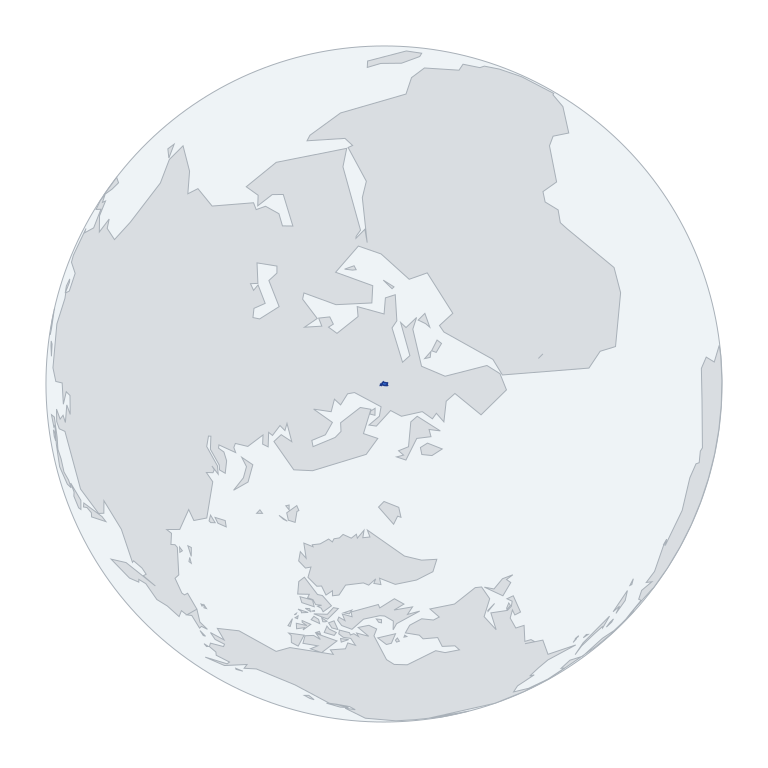 globe centered on Ústecký, rotated 214°
{"feature_id": "CZE-10368", "entity_name": "Ústecký", "entity_type": "Region", "adm_level": 1, "iso_a3": "CZE", "parent_name": "Czechia", "parent_adm1": "", "projection": "orthographic", "projection_center": [13.915, 50.559], "detail": "fine", "context": "on_globe", "style": "filled", "palette": "blue", "viewbox_px": 768, "rotation_deg": 214, "n_neighbors": 0, "source": "natural_earth", "source_scale": "10m", "svg_char_len": 11910}
<svg xmlns="http://www.w3.org/2000/svg" viewBox="0 0 768 768"><g transform="rotate(214 384 384)"><circle cx="384" cy="384" r="338" fill="#eef3f6" stroke="#a8b0b8"/><path d="M112.7,182.5L114.0,180.8L159.8,132.2L130.9,160.1L147.5,142.7L151.4,138.8L150.4,140.0L170.9,122.8L185.8,111.4L212.6,96.5L235.0,93.5L225.7,97.9L232.1,97.3L244.3,92.0L250.7,88.8L289.4,84.8L330.5,76.4L341.0,70.1L340.7,74.9L358.8,61.4L379.5,57.6L357.6,64.3L356.6,67.1L371.4,65.3L373.5,67.8L381.9,68.7L383.0,72.1L370.2,76.6L370.7,79.1L381.1,77.8L388.9,80.9L373.5,82.4L385.5,88.2L366.2,98.3L323.9,102.0L314.6,112.9L274.8,131.5L279.8,133.6L267.9,142.9L269.2,149.1L261.5,151.4L269.3,154.5L276.1,151.2L281.8,151.6L283.3,155.1L273.6,158.5L271.5,157.2L269.4,160.1L263.9,160.4L267.5,162.2L255.6,166.3L269.3,167.7L261.6,175.5L253.1,176.8L251.5,169.6L227.8,156.9L218.8,157.2L207.7,164.2L192.0,191.8L183.1,195.5L172.8,205.8L178.8,206.6L189.0,199.0L197.7,203.8L209.1,194.6L214.3,195.5L227.1,189.6L227.8,198.4L221.5,210.4L211.0,216.0L207.9,221.7L220.1,223.2L202.5,241.0L194.5,266.2L189.6,270.3L176.3,265.1L170.9,247.1L153.6,243.0L167.4,254.0L155.1,265.3L154.1,271.0L156.3,275.6L162.0,274.7L158.4,280.7L143.3,271.3L146.4,265.7L151.2,268.5L148.5,260.5L138.3,255.4L132.9,262.2L123.3,249.4L119.2,254.3L114.9,254.7L121.9,247.5L109.1,260.5L96.9,251.6L79.1,274.9L93.8,246.9L97.2,235.1L99.9,223.4L96.8,226.9L104.5,208.4L104.4,201.2L94.0,212.5L83.1,231.0L75.6,249.3L78.2,247.3L75.4,259.0L67.1,269.4L60.7,295.4L55.4,308.2L52.1,322.9L51.4,332.5L49.9,348.4L52.5,348.0L55.0,357.0L51.3,369.9L55.6,366.1L54.9,379.9L62.1,407.0L60.6,407.8L66.1,445.9L78.0,477.3L80.7,492.3L78.7,495.0L84.2,505.2L84.3,509.1L111.3,548.4L129.6,574.4L131.9,586.5L122.5,586.9L127.7,603.5L120.6,595.7L105.8,575.8L92.5,554.9L80.8,533.2L70.7,510.6L62.3,487.3L55.6,463.5L50.6,439.2L47.5,414.7L46.1,390.0L46.6,365.2L46.9,364.8L49.9,343.5L50.8,335.1L49.9,335.3L55.8,304.2L61.6,284.4L81.7,233.0L96.1,207.1L112.7,182.5ZM74.2,280.8L67.2,317.7L66.3,303.9L67.3,304.9L70.1,293.8L73.7,277.4L74.2,266.5L74.2,280.8ZM81.9,280.9L82.7,275.5L82.6,279.9L81.9,280.9ZM253.2,87.2L244.3,91.7L232.5,95.9L239.7,91.6L253.2,87.2ZM275.9,81.3L272.3,83.8L265.4,83.2L269.6,81.9L275.9,81.3ZM348.0,65.4L340.4,67.0L347.1,64.7L348.0,65.4ZM382.8,68.2L384.3,67.1L388.0,68.1L382.8,68.2ZM225.9,185.3L226.4,187.4L223.8,187.4L225.9,185.3ZM230.9,180.9L227.4,179.4L229.2,177.1L231.3,178.0L230.9,180.9ZM393.2,74.4L398.7,76.7L390.9,75.1L393.2,74.4ZM234.8,183.4L232.9,173.2L236.3,169.4L247.2,170.0L234.8,183.4ZM400.4,78.5L413.9,84.6L418.4,82.3L413.2,92.7L403.5,83.7L393.2,81.9L399.8,81.0L400.4,78.5ZM277.7,148.7L270.4,152.3L275.1,146.1L277.7,148.7ZM279.3,144.7L285.5,126.4L296.9,123.4L292.5,129.9L306.2,123.7L308.7,131.1L301.8,136.2L293.9,136.6L300.8,139.2L279.3,144.7ZM408.1,97.8L409.5,100.2L405.6,98.6L408.1,97.8ZM284.5,151.3L284.7,147.7L294.6,144.6L295.9,151.4L292.3,150.2L284.5,151.3ZM308.6,118.7L316.2,117.9L320.3,123.6L323.8,124.2L309.8,131.1L308.6,118.7ZM290.8,152.6L296.4,155.0L293.0,159.7L284.9,154.7L290.8,152.6ZM296.7,141.1L301.4,140.1L299.2,142.8L296.7,141.1ZM284.2,178.7L284.3,174.0L289.4,171.9L284.2,178.7ZM298.6,155.5L299.8,153.9L301.8,152.7L304.7,155.2L298.6,155.5ZM313.6,134.8L313.7,137.5L319.6,132.2L322.9,136.6L312.9,140.6L318.6,140.7L319.6,142.1L310.3,143.8L313.6,134.8ZM313.7,154.2L302.2,161.4L300.9,170.3L296.3,172.3L299.2,157.6L313.7,154.2ZM312.6,147.9L312.2,152.2L306.6,152.3L303.4,149.4L312.6,147.9ZM328.7,138.3L326.2,130.5L328.5,130.0L328.7,138.3ZM314.5,156.8L317.2,155.0L315.0,157.4L314.5,156.8ZM325.6,143.8L324.4,141.1L327.0,140.5L325.6,143.8ZM323.8,154.0L320.0,156.2L317.7,154.2L323.8,154.0ZM325.5,149.3L329.4,149.3L319.1,152.2L324.5,148.2L325.5,149.3ZM328.2,143.8L329.4,142.5L328.4,145.0L328.2,143.8ZM334.7,160.7L322.4,164.9L317.3,160.3L329.9,156.8L334.7,160.7ZM238.9,592.0L213.0,544.5L223.1,532.0L223.0,511.8L290.9,457.7L307.5,465.3L363.4,460.6L370.7,463.5L366.5,481.1L410.3,500.3L421.7,484.9L459.1,490.2L482.4,484.0L486.6,449.6L448.3,459.2L439.4,444.4L468.2,422.9L501.3,414.7L498.9,408.8L476.0,401.0L481.7,386.6L467.9,397.2L475.0,402.1L466.5,409.3L459.5,405.3L461.8,400.1L451.3,399.7L443.2,425.4L449.5,433.2L423.1,442.1L431.0,456.2L424.6,464.3L408.7,443.6L408.7,435.0L380.8,412.4L378.4,422.0L404.6,444.3L397.3,443.1L394.2,457.4L390.8,445.6L362.8,419.7L337.7,424.6L309.0,456.9L293.6,457.4L279.2,447.6L286.3,412.7L319.9,415.8L322.8,404.5L313.2,386.1L324.2,389.0L324.4,382.2L336.8,382.5L351.5,367.0L363.7,365.7L366.8,344.8L373.5,341.6L369.8,354.7L373.7,363.5L403.7,360.4L408.7,355.5L408.3,342.4L416.6,343.7L412.3,331.5L428.3,323.8L405.3,323.3L404.2,309.1L412.3,296.9L407.8,292.4L394.6,312.4L393.1,320.6L398.3,327.6L390.5,351.3L380.7,355.7L373.3,331.4L358.7,335.4L359.4,315.7L394.7,272.2L410.8,262.4L443.1,274.8L440.9,284.5L428.2,284.6L442.4,297.1L440.1,290.0L447.0,291.4L447.7,279.0L452.6,279.4L444.9,267.1L451.0,266.3L455.8,274.1L462.0,256.1L474.0,251.6L473.0,247.4L468.6,244.2L486.8,241.2L485.3,238.3L478.7,238.1L471.5,232.3L465.7,221.2L472.3,220.8L475.3,224.7L491.4,232.8L498.3,243.9L500.4,242.7L496.0,233.0L476.3,223.0L471.0,216.5L480.8,219.8L476.8,218.1L476.2,214.8L481.8,211.3L471.3,207.2L456.0,173.8L465.3,164.5L475.7,170.7L472.0,149.2L482.8,141.8L476.7,141.4L470.9,131.8L467.4,133.9L464.0,133.0L447.4,111.0L448.6,106.1L434.6,97.6L431.5,97.6L429.8,100.7L413.2,92.7L418.4,82.3L425.2,82.8L423.8,76.6L439.5,78.8L451.8,78.3L469.8,85.3L478.0,84.9L476.5,82.6L486.5,80.8L512.3,86.2L498.0,91.7L460.6,88.7L476.4,90.4L474.8,93.3L481.7,96.1L492.7,97.4L492.8,95.5L520.5,116.7L550.9,130.6L544.0,120.2L548.2,117.1L576.8,127.2L622.0,166.3L628.2,165.3L634.3,169.8L641.5,180.1L632.9,173.8L632.6,178.6L626.6,173.9L635.3,189.3L627.1,183.3L637.9,198.9L643.1,199.9L638.5,187.9L651.4,204.9L657.5,202.6L667.5,212.3L688.8,250.9L696.4,276.6L698.8,281.6L696.9,285.1L701.9,303.0L711.2,310.2L713.5,317.0L718.0,346.3L716.8,341.8L712.0,351.1L716.4,370.6L720.3,367.7L721.8,377.7L721.2,385.1L719.0,377.1L717.2,380.0L713.9,364.4L705.0,350.8L704.1,367.1L700.5,358.2L688.2,353.0L684.8,376.1L681.8,425.6L687.5,450.1L683.8,469.1L664.2,451.7L653.0,432.0L647.5,441.9L626.0,435.4L593.5,461.3L587.5,457.1L581.6,465.1L566.3,466.4L556.6,458.3L547.9,464.0L573.5,484.8L582.6,478.5L588.3,461.1L593.9,470.1L608.5,470.5L597.3,507.5L546.7,558.5L539.5,541.1L489.5,498.4L489.7,491.0L489.4,490.3L488.7,489.1L486.4,501.6L477.0,491.8L506.2,526.4L512.0,542.2L546.0,560.0L543.4,564.2L553.7,565.8L583.8,542.6L584.5,548.8L571.6,584.4L527.9,636.7L532.5,653.4L527.2,668.6L497.3,686.1L497.3,693.3L481.4,699.9L478.6,703.6L464.4,709.6L441.6,715.7L405.8,719.8L405.6,718.2L390.8,714.0L371.2,695.4L382.4,684.0L380.0,674.0L353.9,648.0L359.8,632.4L352.2,625.0L337.0,625.7L328.0,616.3L318.6,615.0L258.4,609.2L238.9,592.0ZM270.3,491.5L269.1,497.7L269.1,497.8L270.3,491.5ZM538.7,421.9L557.0,413.4L544.8,396.9L550.8,392.5L544.5,388.7L543.8,395.7L527.6,384.4L534.1,374.0L529.8,365.8L523.5,368.4L514.2,389.5L537.3,405.4L534.8,416.1L538.7,421.9ZM62.5,407.7L62.9,413.5L61.4,409.1L62.5,407.7ZM63.7,306.8L63.4,312.7L62.4,317.6L62.1,313.9L63.7,306.8ZM67.5,354.5L68.4,362.0L66.4,356.3L67.5,354.5ZM66.7,323.3L66.7,348.9L63.0,339.4L63.4,323.5L64.5,331.5L66.7,323.3ZM76.9,285.1L76.2,289.5L74.7,290.6L76.9,285.1ZM81.9,284.2L81.7,283.0L83.2,279.5L81.9,284.2ZM156.0,265.8L157.0,266.8L158.1,272.2L155.3,271.1L156.0,265.8ZM176.9,288.8L170.5,297.9L173.1,290.4L167.9,290.3L167.0,274.9L187.2,271.7L178.2,275.6L176.9,288.8ZM171.3,254.3L169.6,263.9L170.6,253.6L171.3,254.3ZM313.2,346.7L318.3,351.7L314.9,359.3L299.4,362.7L304.2,351.5L313.2,346.7ZM326.4,357.2L323.3,333.2L332.8,330.6L328.0,336.0L334.6,336.8L328.6,345.7L340.6,367.6L338.4,375.8L311.1,376.6L321.2,371.5L315.6,366.6L326.4,357.2ZM298.8,282.0L297.6,273.1L319.7,278.9L318.3,286.6L302.8,290.0L295.4,283.0L298.8,282.0ZM254.4,187.3L252.5,184.6L255.2,183.5L259.0,184.9L254.4,187.3ZM283.8,176.6L265.4,198.0L262.3,196.0L255.3,211.8L244.4,212.7L249.3,202.2L235.7,215.2L235.7,206.1L227.4,215.7L239.5,192.4L239.0,185.3L243.7,192.7L253.7,192.0L257.9,189.6L269.5,177.6L273.4,162.7L284.0,160.1L290.4,162.3L291.1,165.5L284.0,166.0L290.0,170.0L280.3,173.2L283.8,176.6ZM359.6,198.2L351.1,196.0L361.5,207.3L351.8,209.4L353.6,210.6L347.5,215.8L343.2,224.5L338.5,224.2L338.9,227.7L334.9,231.5L333.8,236.4L324.9,237.9L322.9,244.0L319.9,241.3L318.8,251.6L315.6,244.7L310.1,249.3L316.1,253.6L270.8,252.8L254.3,259.0L242.2,268.2L238.5,255.8L247.4,239.7L262.6,224.2L279.1,220.5L274.4,216.0L280.9,213.0L281.9,217.8L284.2,208.7L289.8,207.6L303.4,195.8L303.3,183.9L308.3,179.6L311.1,183.8L314.1,176.6L322.8,181.6L326.6,178.8L338.9,181.2L342.2,191.4L346.2,187.5L355.8,189.6L359.6,198.2ZM338.1,161.6L344.2,172.6L342.0,179.3L321.4,172.3L316.8,174.2L303.5,170.7L307.1,161.1L310.6,163.0L314.8,162.6L312.0,165.7L317.3,162.9L322.3,165.5L327.8,164.1L328.3,167.9L338.1,161.6ZM377.8,456.7L383.2,457.3L391.4,456.1L389.6,465.4L377.8,456.7ZM358.4,439.4L363.1,438.2L364.6,450.1L359.0,449.8L358.4,439.4ZM364.5,427.8L363.3,437.2L360.6,431.9L364.5,427.8ZM374.0,353.0L378.9,351.2L379.9,354.2L377.8,358.9L374.0,353.0ZM388.3,234.4L383.8,231.5L384.9,229.7L380.3,219.6L387.1,217.6L392.6,222.8L388.3,234.4ZM480.9,457.2L474.9,465.3L471.0,463.2L473.8,460.8L480.9,457.2ZM430.6,467.5L442.7,469.7L430.0,470.1L430.6,467.5ZM395.0,230.6L392.3,226.6L397.3,228.1L395.0,230.6ZM391.9,215.6L397.6,216.4L387.4,216.2L391.9,215.6ZM578.2,642.6L551.7,672.6L537.7,679.3L537.5,675.5L548.8,659.8L565.9,648.0L574.9,637.1L578.2,642.6ZM721.2,405.8L716.6,402.4L718.4,393.5L721.9,384.0L721.9,385.6L721.2,405.8ZM688.7,451.0L694.7,458.1L692.1,465.5L688.7,451.0ZM699.3,262.4L699.2,262.3L698.5,260.3L699.3,262.4ZM702.1,287.6L703.3,295.4L701.7,292.6L699.1,281.0L702.1,287.6ZM675.2,221.0L681.5,229.5L684.0,233.6L681.5,231.5L675.2,221.0ZM449.3,211.8L448.1,227.6L451.8,238.6L461.0,243.7L447.6,243.7L441.9,226.7L449.3,211.8ZM454.5,178.3L446.4,174.6L450.1,172.2L452.5,172.7L454.5,178.3ZM449.5,178.9L439.3,182.0L434.9,177.3L443.8,175.7L449.5,178.9ZM417.3,205.6L416.5,210.3L412.4,208.8L417.3,205.6ZM697.7,258.3L698.2,259.7L690.8,244.3L688.2,238.1L695.0,251.9L694.7,251.2L697.7,258.3ZM632.5,161.2L628.8,158.9L624.4,153.2L628.2,156.3L632.5,161.2ZM606.6,134.0L622.0,150.9L633.8,165.7L633.6,163.7L642.5,172.6L638.9,172.3L625.5,157.4L617.8,147.5L609.9,141.4L600.1,132.1L591.8,128.0L585.3,123.0L590.5,123.9L606.6,134.0ZM588.4,126.7L570.3,118.1L565.1,110.5L567.9,110.6L578.4,117.6L580.6,121.2L588.4,126.7ZM564.4,114.0L566.3,117.5L543.6,116.4L537.6,114.4L552.1,110.3L554.6,113.6L561.1,115.5L564.4,114.0ZM412.7,99.3L409.8,100.1L410.7,98.1L412.7,99.3ZM462.3,134.5L457.9,133.0L459.1,130.3L462.3,134.5ZM446.4,127.7L448.1,131.6L443.5,127.6L446.4,127.7ZM452.3,140.7L447.4,133.3L456.1,140.2L452.3,140.7Z" fill="#d9dde1" stroke="#a8b0b8" stroke-width="1"/><path d="M385.5,381.2L385.7,381.3L385.8,381.3L386.0,381.3L386.1,381.2L386.1,381.3L386.3,381.4L386.4,381.5L386.5,381.6L386.4,381.7L386.4,381.8L386.6,381.9L386.7,382.0L386.6,382.3L386.4,382.4L386.4,382.5L386.2,382.6L386.0,382.4L386.0,382.5L385.9,382.7L385.9,382.8L385.8,383.0L385.7,383.0L385.6,383.3L385.8,384.0L386.1,384.2L386.1,384.4L386.0,384.5L385.9,384.8L385.7,384.8L385.7,385.0L385.6,385.3L385.5,385.2L385.4,385.3L385.2,385.4L384.8,385.4L384.7,385.4L384.4,385.3L384.3,385.5L384.2,385.6L383.9,385.7L383.9,385.8L383.7,385.9L383.3,386.0L383.2,386.0L382.8,386.2L382.6,386.3L382.4,386.5L382.2,386.7L382.1,386.8L381.9,386.8L381.7,386.8L381.7,386.7L381.5,386.4L381.5,386.2L381.4,386.0L381.4,385.9L381.4,385.7L381.4,385.4L381.2,385.2L380.9,385.2L380.6,385.0L380.4,384.9L380.5,384.8L380.6,384.7L380.6,384.4L380.8,384.4L381.0,384.3L381.3,384.3L381.3,384.2L381.4,383.9L381.5,383.9L381.8,383.8L381.8,383.7L382.0,383.6L382.2,383.8L382.3,383.8L382.3,383.7L382.5,383.5L382.5,383.4L382.5,383.2L382.8,383.1L383.2,383.1L383.4,383.0L383.5,383.0L383.8,383.0L383.9,382.9L383.9,382.7L384.0,382.7L384.4,382.6L385.0,382.3L385.1,382.2L385.3,382.1L385.6,382.1L385.7,381.9L385.4,381.7L385.2,381.5L385.2,381.4L385.3,381.3L385.4,381.2L385.5,381.2Z" fill="#3b82f6" stroke="#1e3a8a" stroke-width="1.5"/></g></svg>